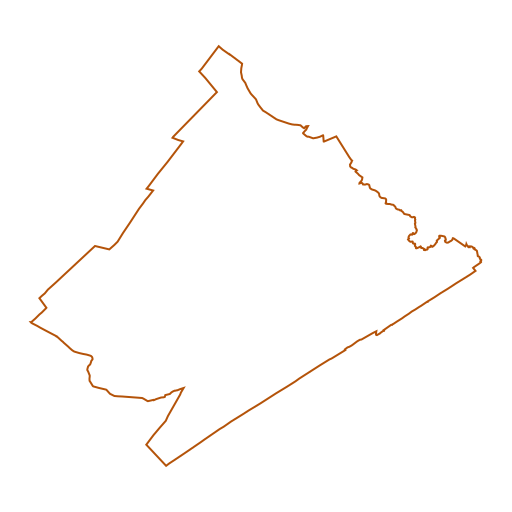 Roata De Jos, Giurgiu, Romania
{"feature_id": "2599482B53285943705449", "entity_name": "Roata De Jos", "entity_type": "district", "adm_level": 2, "iso_a3": "ROU", "parent_name": "Romania", "parent_adm1": "Giurgiu", "projection": "equal_earth", "projection_center": [25.541, 44.417], "detail": "fine", "context": "isolated", "style": "outline", "palette": "amber", "viewbox_px": 512, "rotation_deg": 0, "n_neighbors": 0, "source": "geoboundaries", "source_scale": "gbopen_adm2", "svg_char_len": 5958}
<svg xmlns="http://www.w3.org/2000/svg" viewBox="0 0 512 512"><path d="M31.1,322.6L32.1,323.3L37.4,326.0L40.1,327.6L46.1,330.8L56.6,336.3L56.5,336.5L57.7,337.2L61.7,340.9L62.9,341.8L63.5,342.5L68.4,346.8L69.6,348.0L72.0,350.1L73.9,351.4L75.0,351.8L79.4,353.1L83.4,354.0L86.7,354.6L90.1,355.6L91.2,356.1L92.1,357.1L92.3,357.7L92.5,358.4L92.5,359.1L92.5,359.4L92.2,359.8L91.4,360.7L90.9,362.4L90.3,364.1L89.8,364.8L88.9,365.5L88.1,366.5L87.6,368.2L87.3,369.5L87.4,370.3L88.1,371.4L89.0,373.7L89.7,375.4L89.7,376.7L89.5,378.3L89.5,379.8L89.6,380.9L89.8,381.2L90.1,381.6L92.8,386.0L93.3,386.4L98.7,387.9L106.0,389.6L106.5,389.9L110.0,393.8L114.4,396.0L117.9,396.3L122.2,396.5L142.1,398.0L143.4,398.6L147.1,400.8L147.6,401.1L148.2,401.1L153.4,399.9L153.6,400.2L154.0,400.1L156.2,399.1L161.1,397.5L163.7,397.3L164.8,396.9L165.3,395.1L169.8,394.0L171.4,392.4L173.0,391.4L174.6,390.7L175.5,390.7L176.3,390.4L177.3,390.3L180.2,389.1L183.6,388.0L180.9,392.6L180.2,394.5L167.9,416.1L165.8,420.8L160.0,427.4L153.5,435.1L146.3,444.7L166.1,465.8L169.3,463.4L182.7,454.5L200.6,442.3L204.5,439.5L219.6,429.1L223.7,426.7L231.1,421.5L242.6,414.4L248.8,410.4L260.4,403.4L276.1,393.3L286.8,386.8L295.5,381.3L299.2,378.6L319.8,365.4L329.5,359.4L331.4,358.6L332.6,357.9L345.3,350.1L344.9,349.4L347.5,347.4L349.3,346.8L351.6,345.5L353.0,344.5L357.1,341.4L359.8,339.8L361.5,339.5L372.7,333.1L376.3,331.3L376.0,333.1L376.0,334.3L376.2,334.9L376.4,335.0L376.9,335.1L380.0,333.4L380.3,333.0L381.1,332.4L382.9,331.1L384.1,330.8L384.3,329.9L384.1,329.8L391.1,324.9L392.2,324.8L392.3,324.5L392.5,324.3L393.4,323.9L397.0,321.5L402.1,318.3L404.7,316.4L408.9,313.7L411.8,311.5L415.3,309.5L419.4,306.8L420.8,306.0L425.4,302.9L426.6,302.1L427.0,302.0L426.9,301.9L428.0,301.2L434.4,297.3L440.7,293.1L447.6,288.9L456.3,283.2L470.0,274.7L475.5,270.9L473.1,267.9L474.3,266.9L479.5,263.4L481.1,262.1L481.1,261.9L480.4,261.2L481.0,260.6L481.3,260.1L481.2,259.8L480.0,258.9L479.8,258.5L479.8,257.5L479.6,257.2L478.8,256.5L477.9,256.2L477.7,255.9L477.7,254.8L477.4,253.7L477.2,252.3L476.8,250.7L475.4,249.7L474.8,249.5L474.7,248.7L473.9,248.8L473.6,248.7L473.3,248.1L473.6,247.7L472.8,247.4L472.3,246.9L471.6,246.5L469.8,246.3L469.7,246.3L469.9,246.8L469.8,247.2L469.2,247.1L468.5,247.2L467.0,245.4L466.4,244.1L466.3,244.6L465.2,246.4L454.0,238.6L453.1,238.2L452.8,238.2L452.7,238.5L452.6,239.1L452.3,239.8L451.2,240.8L450.0,241.4L448.3,242.5L447.3,242.7L446.9,242.7L445.4,242.0L445.0,241.1L444.9,240.8L445.0,240.5L445.8,239.9L445.8,239.2L445.4,238.3L445.3,237.7L445.1,237.2L444.5,236.5L444.2,236.4L441.4,235.8L439.7,235.7L439.4,235.8L439.2,236.0L439.2,237.0L439.4,237.5L439.8,237.6L439.8,237.9L436.9,240.5L436.7,240.9L437.0,241.7L436.9,242.1L436.0,243.0L435.3,244.1L434.0,245.6L432.6,246.7L432.4,246.8L431.6,246.5L431.5,245.9L431.3,245.8L430.8,245.7L430.7,245.9L430.8,246.5L430.6,246.8L429.2,247.3L427.7,247.4L427.6,247.5L427.6,247.8L427.7,248.8L427.5,249.3L427.1,249.6L426.6,249.7L426.0,249.6L425.4,250.1L424.7,250.1L424.0,250.0L423.9,249.7L424.1,248.9L422.5,248.0L421.6,248.0L421.2,247.9L420.9,246.7L420.6,246.4L419.2,247.2L416.9,248.2L416.4,248.3L416.0,248.2L415.9,247.9L415.8,246.7L414.9,245.9L414.9,245.5L415.2,244.3L415.1,243.8L414.8,243.6L414.4,243.8L413.7,243.7L413.2,243.5L412.9,243.2L412.8,242.2L412.6,241.6L412.3,241.5L410.7,241.8L409.9,241.5L408.9,240.6L408.0,239.4L408.3,239.0L409.0,238.5L408.5,237.5L408.7,236.7L409.1,235.9L410.4,234.5L410.9,234.4L411.7,234.7L412.2,234.7L412.4,234.5L412.5,233.7L412.8,233.1L413.2,233.1L413.8,234.0L414.1,234.1L414.5,234.0L415.9,232.8L416.4,231.9L416.9,230.1L416.4,229.4L416.3,228.7L415.3,227.4L415.5,226.5L414.9,223.7L415.0,223.3L415.4,222.9L415.0,220.6L415.3,219.6L414.9,218.7L415.1,217.8L414.7,217.2L413.9,216.9L412.4,217.3L412.0,217.3L410.3,216.4L409.7,215.2L409.3,215.0L404.4,214.0L404.0,213.7L403.7,213.1L402.7,211.8L401.5,211.0L401.4,210.5L401.2,210.2L400.8,210.2L400.1,210.4L399.2,209.7L397.5,209.4L396.0,208.5L395.7,208.0L395.5,207.2L395.0,206.4L394.2,205.8L394.0,205.4L393.2,204.8L391.6,204.6L389.8,204.0L388.1,204.0L386.4,203.8L385.8,203.6L385.6,203.4L385.6,203.1L386.1,202.4L386.0,201.3L386.2,200.0L386.1,199.5L385.8,198.9L385.1,198.4L381.5,197.9L380.4,197.2L379.7,196.4L379.4,195.8L379.1,193.9L378.7,193.1L378.1,192.5L376.3,191.1L374.8,190.3L372.0,189.5L370.4,188.5L369.8,187.6L369.7,187.0L369.2,185.0L368.9,184.7L367.7,184.2L366.5,184.1L365.6,184.5L363.9,184.6L363.2,184.2L362.9,184.3L362.4,183.3L361.7,182.9L361.2,182.9L359.4,183.5L359.4,183.2L359.7,182.7L361.3,181.0L361.8,180.2L362.1,179.4L362.4,177.4L359.2,175.2L357.9,173.7L355.6,171.7L355.5,171.4L356.6,170.5L356.3,170.4L356.4,170.1L356.3,169.9L355.1,169.3L353.3,168.8L352.1,167.8L351.4,167.7L351.2,167.4L350.6,167.0L350.2,166.4L350.1,166.2L350.1,165.1L350.0,164.6L351.4,162.4L351.7,161.5L351.7,161.2L352.1,160.7L350.9,159.4L349.2,157.0L336.3,136.4L323.9,141.6L323.7,141.5L323.2,135.6L323.0,135.3L319.8,136.8L318.4,137.2L317.1,137.6L313.2,138.3L312.8,138.2L308.7,136.7L307.4,136.7L306.2,136.0L303.5,133.7L303.1,133.3L303.1,133.0L305.3,130.5L306.2,129.7L306.9,128.1L308.0,126.1L306.5,126.2L305.8,126.4L304.4,128.0L304.1,128.2L302.7,127.3L300.5,125.3L297.0,124.8L294.3,124.7L292.0,124.4L288.9,123.6L278.4,120.1L276.4,119.3L265.4,112.0L263.0,110.6L260.2,107.1L258.2,104.4L257.5,103.1L256.1,99.6L255.7,99.0L253.4,96.5L251.6,94.6L250.6,93.4L247.6,88.3L246.1,84.9L245.3,82.9L242.5,79.2L242.0,77.8L241.7,75.5L241.0,72.3L241.3,68.2L241.9,65.2L242.1,63.7L229.5,54.2L229.4,54.4L222.7,49.7L218.7,46.2L201.7,68.7L199.2,71.4L205.4,78.1L216.9,92.1L172.7,137.3L173.3,137.1L172.6,137.8L178.2,140.0L183.1,141.4L181.2,144.0L167.4,162.1L157.9,173.8L148.7,186.1L146.6,188.7L153.1,190.5L148.3,196.7L145.4,200.0L143.0,203.5L139.0,208.8L129.9,222.8L123.0,233.0L117.6,241.7L114.3,245.0L109.3,249.4L95.0,246.0L55.5,282.8L47.9,289.6L44.8,293.4L41.7,296.0L39.4,298.2L46.4,307.8L45.7,308.6L41.7,312.6L39.5,314.4L35.4,318.5L31.3,322.1L30.7,322.1L31.1,322.6Z" fill="none" stroke="#b45309" stroke-width="2"/></svg>